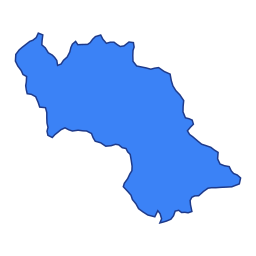 outline of Ipatinga, Minas Gerais, Brazil
{"feature_id": "56859067B61763369021811", "entity_name": "Ipatinga", "entity_type": "district", "adm_level": 2, "iso_a3": "BRA", "parent_name": "Brazil", "parent_adm1": "Minas Gerais", "projection": "natural_earth1", "projection_center": [-42.604, -19.445], "detail": "fine", "context": "isolated", "style": "filled", "palette": "blue", "viewbox_px": 256, "rotation_deg": 0, "n_neighbors": 0, "source": "geoboundaries", "source_scale": "gbopen_adm2", "svg_char_len": 1983}
<svg xmlns="http://www.w3.org/2000/svg" viewBox="0 0 256 256"><path d="M231.8,186.8L239.3,183.9L240.6,178.0L237.3,175.0L233.6,173.5L231.3,171.0L229.2,166.6L224.3,165.7L220.0,164.0L217.6,158.9L218.1,152.4L214.3,150.0L210.8,147.3L206.2,145.7L201.6,144.2L197.9,141.2L192.9,136.9L189.6,134.5L187.4,130.8L190.4,127.2L193.4,124.2L192.2,120.1L189.0,118.7L185.4,117.8L183.0,111.9L183.1,106.6L183.7,100.6L179.8,94.8L175.8,90.6L172.9,85.9L171.3,80.7L170.1,74.1L164.2,71.5L158.6,67.6L154.5,68.2L150.8,69.2L146.1,67.9L136.7,66.0L133.0,61.3L132.8,55.7L133.0,50.5L134.1,47.1L133.4,42.6L129.0,42.0L124.0,45.9L120.2,46.5L117.3,44.7L114.0,42.2L110.3,42.2L106.4,43.3L102.9,39.3L100.7,35.0L95.4,36.6L92.6,39.3L90.2,42.6L87.6,44.4L82.1,44.5L77.8,44.7L75.6,41.4L72.4,44.2L70.9,47.5L69.8,52.0L67.2,57.0L63.5,60.3L61.1,64.0L57.6,65.4L56.8,60.5L54.6,57.4L52.3,55.1L48.3,52.8L45.3,47.9L41.8,44.8L42.1,40.4L42.8,34.9L38.3,33.1L36.2,37.6L32.9,40.2L29.8,41.4L26.2,44.2L22.2,47.3L19.2,49.9L15.8,54.4L15.4,61.1L17.8,66.0L21.2,70.5L23.0,74.5L26.6,76.5L26.3,82.1L25.7,85.7L26.3,89.9L27.2,93.7L31.3,94.3L35.7,96.7L38.2,102.5L39.7,107.1L45.5,107.7L46.8,112.7L46.8,118.0L47.0,123.1L48.0,127.4L47.0,131.2L47.9,135.3L52.3,137.5L54.8,134.7L58.2,132.0L60.8,129.8L65.0,127.8L68.8,129.8L72.4,131.0L78.1,130.2L82.7,130.8L86.6,131.0L91.5,133.5L93.1,137.7L95.2,141.2L100.7,142.8L105.7,146.2L111.1,145.7L115.5,144.3L118.7,144.8L122.2,147.7L126.0,148.5L127.7,151.9L130.2,154.4L131.3,160.8L132.1,166.2L131.9,170.7L129.9,173.9L127.7,178.6L124.3,183.3L123.3,186.7L127.7,191.4L131.0,195.2L132.4,199.5L136.0,203.9L138.6,208.7L142.8,211.8L147.8,215.0L154.8,216.8L157.8,210.7L160.1,213.7L161.6,218.8L159.9,222.9L163.0,222.1L166.4,221.1L170.9,219.2L173.5,215.8L175.2,211.1L178.7,210.3L181.6,212.5L184.9,212.3L188.1,212.8L191.9,211.5L190.5,204.8L190.1,200.5L191.8,197.3L194.7,195.9L198.7,195.7L203.5,191.4L208.0,188.2L211.5,187.7L216.0,187.7L221.5,187.3L226.2,187.1L231.8,186.8Z" fill="#3b82f6" stroke="#1e3a8a" stroke-width="1.5"/></svg>